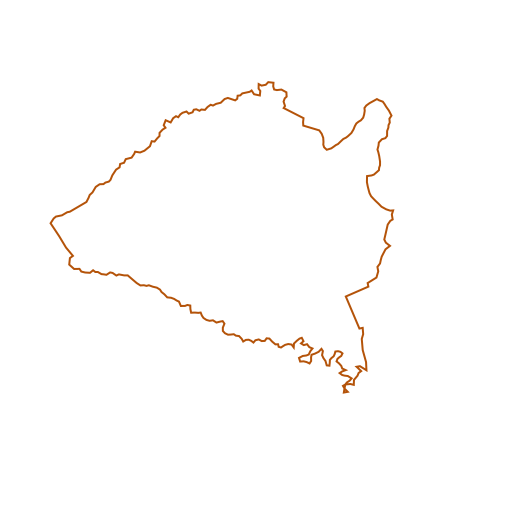 Giruá, Rio Grande do Sul, Brazil (Robinson projection), rotated 158°
{"feature_id": "56859067B21444575887211", "entity_name": "Giruá", "entity_type": "district", "adm_level": 2, "iso_a3": "BRA", "parent_name": "Brazil", "parent_adm1": "Rio Grande do Sul", "projection": "robinson", "projection_center": [-54.315, -27.993], "detail": "fine", "context": "isolated", "style": "outline", "palette": "amber", "viewbox_px": 512, "rotation_deg": 158, "n_neighbors": 0, "source": "geoboundaries", "source_scale": "gbopen_adm2", "svg_char_len": 4238}
<svg xmlns="http://www.w3.org/2000/svg" viewBox="0 0 512 512"><g transform="rotate(158 256 256)"><path d="M379.1,280.1L376.8,275.7L374.2,272.0L370.9,270.9L368.7,269.3L366.3,269.0L363.2,266.2L359.8,263.8L357.6,260.8L357.1,258.0L355.3,254.8L353.8,250.9L350.4,249.1L348.0,246.9L346.3,244.5L344.5,242.6L344.4,237.8L340.5,236.3L338.0,236.3L335.5,234.7L336.7,231.4L337.4,227.7L334.0,226.5L330.8,224.9L328.5,224.3L328.5,221.0L327.9,218.2L325.9,215.3L323.3,213.3L320.0,212.5L317.6,209.1L313.7,208.6L311.3,208.1L310.6,205.1L313.6,202.0L314.8,198.9L313.7,196.0L311.4,193.5L308.8,192.6L305.9,191.8L304.5,189.7L301.7,188.1L300.3,184.6L299.9,181.5L296.8,182.0L294.1,181.1L292.2,179.1L290.8,176.7L288.1,178.1L284.7,177.6L282.6,175.0L279.7,174.0L277.0,175.7L274.5,174.4L273.1,170.6L271.1,166.8L268.6,165.9L269.0,163.3L267.1,161.8L264.7,162.3L262.3,162.7L259.1,162.3L256.2,160.6L255.3,157.1L253.6,160.6L249.9,162.1L246.6,163.1L244.2,163.0L243.9,159.2L247.0,158.1L245.1,155.5L241.7,155.1L240.7,151.5L238.3,149.1L241.3,147.4L244.0,144.9L246.6,144.9L250.1,145.8L254.3,145.4L254.6,141.6L251.3,140.5L248.8,138.7L246.6,136.3L244.2,138.0L242.9,141.4L241.5,143.6L238.0,143.4L233.8,143.7L230.1,145.4L229.6,142.8L231.9,139.3L231.7,135.9L230.9,132.6L231.4,128.1L229.0,126.8L227.6,129.4L226.4,132.0L224.3,133.1L221.6,133.9L219.8,135.6L218.2,137.7L215.6,137.0L213.6,135.5L212.3,133.3L214.4,131.4L216.7,130.9L219.0,130.1L220.8,128.1L219.3,125.5L218.1,122.2L218.2,119.4L215.6,116.6L219.3,116.7L222.3,116.1L220.7,113.4L218.7,111.9L215.8,110.3L213.2,106.7L216.0,105.3L219.1,104.7L221.3,103.4L216.5,102.0L213.6,99.9L211.6,104.4L206.7,107.0L204.7,109.1L201.6,109.9L204.2,115.6L200.9,114.9L196.4,108.7L193.7,116.4L192.3,128.8L189.0,139.5L185.9,143.4L184.0,149.4L187.3,150.0L187.9,184.8L184.7,184.9L163.3,185.5L162.6,189.1L152.4,190.9L148.4,196.0L147.5,200.4L143.8,202.6L141.7,205.7L139.7,208.3L136.8,210.8L133.4,213.7L128.0,215.2L130.6,219.7L130.9,223.2L127.8,227.6L122.1,235.8L118.3,238.3L115.6,238.7L114.5,243.6L111.8,246.9L114.6,247.8L117.8,250.5L121.2,254.7L122.8,258.6L124.5,262.3L125.9,265.7L126.9,268.3L127.2,271.8L126.8,275.2L126.3,278.8L125.5,282.9L123.1,288.5L118.7,287.4L116.2,287.3L109.9,289.5L108.7,291.8L107.0,293.7L105.6,297.1L104.3,302.6L103.7,306.5L103.5,309.2L101.1,312.4L99.6,315.2L95.5,317.1L91.9,316.8L89.5,318.2L87.6,322.8L85.2,325.4L84.1,327.7L82.0,329.6L80.9,333.3L77.8,335.4L78.3,341.0L79.4,345.6L79.9,348.7L80.6,351.6L83.5,354.2L85.1,356.2L89.1,355.7L93.4,355.2L97.4,354.2L100.0,352.6L100.8,349.9L102.8,346.6L104.8,344.1L107.9,342.5L110.6,342.1L113.3,341.3L115.7,339.4L118.2,336.8L121.5,334.3L126.0,332.6L128.3,332.0L131.2,331.8L133.8,330.8L138.0,329.1L140.5,328.9L142.8,328.3L145.9,327.6L150.6,328.0L152.1,331.3L151.9,334.0L150.7,336.5L149.4,340.4L149.3,344.7L150.3,348.8L163.3,359.2L162.2,362.5L160.3,366.0L174.9,382.8L172.9,384.2L172.6,388.8L170.3,391.4L167.9,392.3L166.5,396.4L170.1,400.8L174.5,402.0L176.8,403.6L176.5,406.8L174.9,410.1L179.5,412.6L182.8,411.1L187.0,411.9L189.1,414.4L190.9,410.2L190.2,407.4L192.3,403.4L197.2,406.7L198.1,411.1L200.3,410.6L207.8,411.9L210.4,410.8L213.0,411.5L214.5,408.8L217.0,408.1L222.9,413.1L226.3,413.3L231.3,411.3L236.0,412.0L239.5,411.6L241.4,413.2L245.1,412.3L248.6,410.6L251.8,412.3L254.0,411.8L256.4,414.4L258.9,414.9L261.0,413.0L265.1,413.2L266.3,416.0L270.5,416.3L273.2,415.6L276.1,413.8L277.8,415.6L281.2,414.8L285.1,411.8L288.9,415.7L292.6,411.8L291.9,408.8L295.2,408.2L299.3,406.3L300.5,403.4L303.5,402.1L307.2,400.1L309.7,401.5L313.2,397.5L320.0,395.4L324.7,395.4L329.0,398.0L330.7,396.3L334.5,393.8L340.5,394.6L343.4,391.9L347.5,392.2L349.3,389.3L353.4,388.5L359.0,384.6L362.4,381.1L364.6,380.1L368.1,380.5L370.5,379.8L374.1,381.1L378.7,380.1L383.8,376.2L387.3,374.9L389.4,372.7L393.0,369.6L412.1,366.8L414.6,367.3L420.7,366.4L426.7,367.5L429.5,366.6L434.2,363.3L431.1,348.2L429.0,335.0L425.7,324.7L429.3,323.8L432.4,318.0L429.5,312.1L424.5,310.2L423.8,307.0L420.6,304.7L416.2,302.6L412.4,303.8L411.0,301.4L408.6,300.4L406.1,297.1L404.0,296.0L401.7,294.6L397.4,295.4L395.3,294.0L392.8,290.2L390.0,290.3L385.5,287.4L382.2,286.1L379.1,280.1ZM223.6,100.0L225.7,96.5L221.8,95.7L223.6,100.0ZM221.3,103.4L224.0,103.0L223.6,100.0L221.3,103.4Z" fill="none" stroke="#b45309" stroke-width="2"/></g></svg>